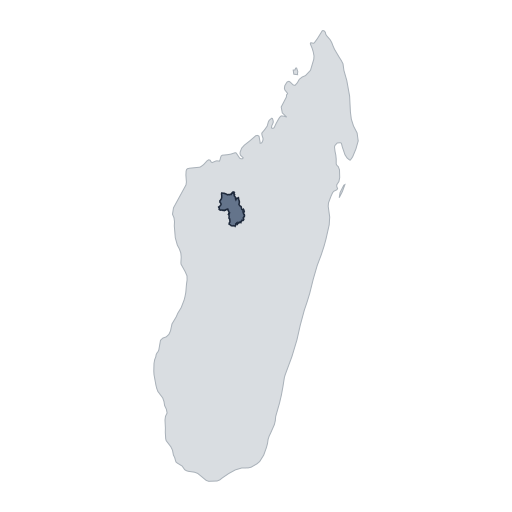 Kandreho, Betsiboka, Madagascar shown in context
{"feature_id": "10022922B38821373259374", "entity_name": "Kandreho", "entity_type": "district", "adm_level": 2, "iso_a3": "MDG", "parent_name": "Madagascar", "parent_adm1": "Betsiboka", "projection": "natural_earth1", "projection_center": [46.108, -17.43], "detail": "fine", "context": "in_parent", "style": "filled", "palette": "slate", "viewbox_px": 512, "rotation_deg": 0, "n_neighbors": 0, "source": "geoboundaries", "source_scale": "gbopen_adm2", "svg_char_len": 7740}
<svg xmlns="http://www.w3.org/2000/svg" viewBox="0 0 512 512"><path d="M331.7,42.5L333.0,45.9L334.5,49.3L339.3,57.4L341.3,60.5L343.0,63.8L343.9,70.4L346.8,80.6L349.6,96.1L350.4,111.9L351.3,119.1L353.5,126.0L357.1,133.0L358.2,140.9L355.9,149.0L352.7,156.7L351.8,158.1L350.3,160.1L349.6,160.0L347.1,158.0L345.0,154.8L342.4,147.2L341.4,143.3L340.3,142.7L337.2,143.0L334.9,145.5L334.5,147.0L335.0,151.3L335.8,155.1L336.2,159.0L336.2,164.0L337.0,165.5L338.3,166.7L339.5,169.9L339.7,177.6L338.9,181.5L336.7,184.9L336.8,186.7L337.6,188.6L336.8,189.8L333.9,191.2L332.7,192.5L331.1,195.9L328.5,202.8L328.2,206.3L329.7,217.1L329.2,224.8L325.9,239.4L324.0,246.3L321.3,254.6L317.2,265.5L313.2,279.3L309.7,293.4L307.1,301.9L304.3,310.2L300.3,325.0L296.9,340.0L291.9,356.6L285.1,375.0L284.4,377.4L282.9,386.8L281.4,395.0L279.5,403.1L275.7,416.4L275.3,420.6L274.4,424.5L270.7,432.9L269.2,436.0L268.1,439.3L267.5,443.5L266.4,447.6L263.7,455.1L259.7,461.5L257.0,463.8L251.1,467.2L248.2,467.9L241.6,468.0L235.3,469.9L228.6,473.6L222.3,477.9L219.8,479.9L217.1,481.0L208.7,481.3L206.2,480.4L197.7,473.4L194.5,472.2L188.3,471.3L186.4,470.7L184.7,469.7L182.2,466.1L177.2,463.0L176.0,462.0L175.3,459.9L174.7,457.6L173.4,455.0L172.5,450.2L170.8,446.7L166.2,440.7L165.7,438.8L165.3,432.4L165.4,428.0L165.0,420.1L165.5,416.3L167.1,413.0L166.4,409.3L164.6,405.5L164.0,401.6L162.7,397.9L157.9,391.5L156.7,388.3L155.9,385.0L154.0,374.6L153.8,371.1L154.0,363.5L154.7,359.6L155.8,356.8L156.1,354.8L156.9,353.1L158.0,351.7L158.8,350.0L160.5,340.3L162.8,338.1L166.2,336.9L168.9,334.4L170.5,330.9L172.0,323.9L176.2,316.9L177.8,313.2L181.2,307.6L184.2,299.8L185.1,296.1L185.8,292.4L186.5,284.1L187.1,280.0L187.0,275.9L185.2,271.7L181.0,264.1L180.9,262.6L181.2,257.0L180.8,252.9L179.3,248.8L177.3,245.0L175.3,237.8L174.3,225.9L174.5,221.6L174.0,217.8L172.5,214.2L173.5,207.8L186.0,184.9L186.4,182.1L185.9,175.1L186.1,171.1L186.6,169.5L187.5,168.7L189.7,168.2L199.8,167.2L201.1,166.5L203.6,164.6L207.1,160.8L208.7,159.8L210.1,160.2L211.0,161.8L212.1,162.6L216.2,160.9L217.8,160.9L219.4,161.2L220.1,159.6L220.6,157.5L221.2,156.0L222.3,155.2L227.5,154.7L230.9,154.1L235.2,152.7L236.2,153.0L239.7,158.2L240.8,158.7L242.1,158.9L243.3,157.9L240.5,155.2L240.0,153.6L240.2,151.9L241.7,148.1L244.3,145.2L249.9,140.8L255.8,135.7L257.6,135.4L259.0,136.2L260.1,142.2L260.0,143.1L260.9,143.3L262.0,142.5L263.0,140.1L263.0,138.1L262.3,136.2L261.9,134.6L261.8,133.1L264.8,129.5L267.2,126.1L268.3,122.1L269.2,120.3L271.7,118.2L272.4,118.5L273.0,120.2L273.3,122.0L272.7,123.8L271.8,125.6L271.4,127.9L272.8,128.4L274.1,127.8L276.1,123.5L278.3,119.5L279.6,117.4L281.2,115.9L284.0,116.2L286.7,117.1L282.3,112.9L281.2,107.0L286.4,97.0L286.5,94.9L287.2,94.2L287.6,93.4L284.9,90.0L284.4,88.3L284.8,85.7L286.1,83.5L287.2,81.9L288.9,81.3L290.2,82.1L293.1,84.9L295.0,85.4L297.4,82.7L299.3,79.3L302.2,77.0L305.5,75.6L310.5,70.3L313.8,59.2L314.0,56.0L313.3,52.1L312.2,48.4L310.3,43.8L310.8,42.7L313.5,43.3L314.4,42.7L317.4,38.6L322.3,30.7L323.9,30.7L325.3,32.2L325.8,34.4L326.8,35.9L330.1,39.7L331.7,42.5ZM297.5,73.5L297.6,74.7L293.8,74.2L293.2,70.1L295.1,69.9L295.5,68.2L296.6,68.0L297.8,71.7L297.5,73.5ZM342.4,191.5L339.2,197.7L340.1,192.5L343.8,185.2L344.9,184.6L342.4,191.5Z" fill="#d9dde1" stroke="#a8b0b8" stroke-width="1"/><path d="M243.8,219.4L243.8,219.2L243.6,218.9L243.5,218.7L243.4,218.7L243.3,218.4L243.3,218.1L243.4,217.9L243.3,217.7L243.5,217.4L243.8,217.2L243.9,216.9L244.0,216.7L244.3,216.6L244.2,216.4L244.1,216.2L244.4,215.8L244.4,215.7L244.4,215.4L244.5,215.2L244.4,215.1L244.3,214.9L244.3,214.7L244.2,214.7L243.9,214.4L243.9,214.2L243.7,214.1L243.6,213.8L243.5,213.6L243.6,213.4L243.5,213.1L243.4,213.1L243.3,212.7L243.4,212.8L243.6,212.8L243.8,212.5L244.0,212.1L243.9,212.1L244.0,211.8L244.0,211.7L243.9,211.7L244.2,211.4L244.1,211.2L244.0,210.9L244.0,210.7L243.9,210.7L243.8,210.2L243.7,210.1L243.6,209.9L243.7,209.7L243.4,209.3L243.3,209.5L243.2,209.7L242.9,209.8L242.8,209.6L242.5,209.7L242.2,209.6L241.7,209.3L241.3,207.3L241.2,206.8L241.1,206.6L240.9,206.6L240.7,206.3L240.6,206.2L239.8,205.8L239.5,205.4L239.3,204.9L239.0,204.6L238.9,204.3L239.0,204.1L239.0,203.8L239.3,203.2L239.2,202.9L239.4,202.5L239.4,202.0L239.4,201.8L239.3,201.7L239.3,201.2L239.1,200.9L239.1,200.4L238.9,200.0L238.7,199.8L238.6,199.3L238.5,198.9L238.6,198.4L238.5,198.1L238.5,197.8L238.4,197.7L238.2,198.0L237.8,198.0L237.7,198.0L237.4,198.3L237.2,198.3L236.9,198.2L236.4,198.8L236.2,199.2L236.0,199.4L236.0,199.6L235.9,199.8L235.7,199.3L235.5,198.9L235.5,198.6L235.5,198.3L235.6,198.1L235.6,197.8L235.5,197.7L235.3,197.2L235.2,196.9L235.0,196.7L234.6,196.4L234.5,196.2L234.3,195.9L234.4,195.5L234.3,195.4L234.2,195.3L234.2,195.2L234.4,195.1L234.6,194.7L234.3,194.4L234.4,194.2L234.1,193.7L234.0,193.8L233.8,193.7L234.1,193.6L234.1,193.4L234.0,193.0L234.0,192.9L233.9,193.0L233.7,192.9L233.8,192.8L233.9,192.7L233.6,192.5L233.6,192.3L233.6,192.2L233.8,192.2L233.6,192.0L233.4,192.1L233.1,192.0L232.9,192.0L232.7,192.2L232.5,192.5L232.7,193.0L232.3,192.7L232.2,192.7L231.9,193.0L231.9,193.3L231.5,193.5L231.4,193.6L231.4,193.8L231.4,194.0L231.3,194.4L231.3,194.5L231.1,194.5L230.9,194.5L230.8,194.4L230.7,194.4L230.4,194.3L229.9,194.6L229.5,194.5L229.3,194.7L229.1,194.6L228.8,194.6L228.7,194.5L228.4,194.6L228.2,194.7L227.9,194.8L227.7,194.8L227.4,194.6L227.2,194.7L226.9,194.5L226.8,194.4L226.6,194.2L226.1,194.0L225.6,193.8L225.4,193.8L225.1,193.6L224.8,193.6L224.7,193.4L224.4,193.3L223.9,193.3L223.5,193.2L223.1,193.2L222.9,193.1L222.3,193.1L221.9,193.2L221.7,193.1L221.5,194.0L221.7,195.1L221.7,197.7L221.3,199.0L220.7,199.7L220.5,200.3L219.9,200.7L219.9,201.2L220.0,201.7L219.8,202.0L220.5,202.9L220.8,203.3L221.1,204.1L220.9,204.9L220.5,205.3L220.0,206.0L219.5,206.5L218.6,207.0L218.7,207.4L218.8,207.5L219.0,207.5L219.3,208.0L219.3,208.5L219.3,209.0L219.1,209.2L219.2,209.3L219.3,209.5L219.5,209.7L219.6,209.8L219.9,209.9L220.3,210.2L220.5,210.2L220.9,210.0L221.2,210.0L221.6,210.1L222.3,210.2L222.5,210.1L222.8,210.1L222.9,210.3L223.1,210.2L223.4,210.4L223.6,210.4L223.8,210.5L223.8,210.3L223.8,210.2L224.2,210.1L224.4,210.1L224.7,210.3L225.1,210.3L225.5,210.2L225.7,209.7L225.8,209.7L226.2,209.6L226.6,209.5L226.7,209.4L226.8,209.5L227.0,209.6L227.2,209.2L227.6,209.0L227.8,209.0L227.9,209.4L228.0,209.6L228.3,210.4L228.5,211.2L228.7,211.4L228.8,211.8L229.1,212.2L229.4,213.0L229.5,213.0L229.4,213.3L229.1,213.2L229.1,213.3L229.0,213.1L228.9,213.2L228.8,213.3L228.7,213.4L228.7,213.6L228.7,213.8L228.8,213.9L229.0,213.9L229.0,214.1L228.9,214.2L229.0,214.2L229.0,214.8L228.9,215.0L229.0,215.6L229.2,216.7L229.2,216.8L229.0,217.2L229.0,217.3L229.0,217.8L229.0,218.3L229.1,218.5L229.3,218.6L229.6,218.7L229.8,219.2L229.7,219.5L229.7,220.0L229.8,220.2L229.9,220.3L229.9,220.5L229.9,221.0L229.9,221.5L230.0,221.9L229.9,222.1L229.7,222.3L229.5,222.6L229.3,222.8L229.3,223.2L229.2,223.4L229.1,223.6L229.2,223.8L229.3,223.8L229.3,224.0L229.2,224.3L230.4,224.8L231.2,225.7L231.8,225.8L233.3,225.9L233.7,225.6L234.4,225.8L234.8,225.9L235.1,226.3L235.7,225.3L235.7,224.1L235.9,224.1L236.0,223.8L236.1,223.6L236.4,223.5L236.5,223.6L236.5,223.3L236.5,223.2L236.8,222.9L236.8,223.0L236.9,223.4L237.0,223.6L237.4,224.0L237.5,223.6L237.8,223.3L238.0,223.3L238.0,223.5L238.3,223.2L238.4,222.8L238.5,222.8L238.8,222.8L238.8,222.5L239.1,222.4L239.2,222.2L239.3,222.2L239.4,222.3L239.6,222.3L239.7,222.2L239.8,222.3L239.9,222.6L240.2,222.5L240.4,222.5L240.5,222.5L240.8,222.6L240.8,222.4L240.7,221.9L240.8,221.8L240.7,221.7L240.8,221.6L241.2,221.6L241.2,221.3L241.5,221.1L241.6,220.9L241.8,220.8L242.0,220.6L242.0,220.4L242.3,220.5L242.5,220.4L242.7,220.2L242.8,220.2L242.8,220.3L243.0,220.5L243.2,220.4L243.3,220.2L243.6,219.8L243.7,219.6L243.8,219.4Z" fill="#64748b" stroke="#1e293b" stroke-width="1.5"/></svg>